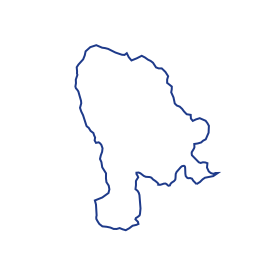 outline of Xiangkhoang, rotated 61°
{"feature_id": "LAO-3286", "entity_name": "Xiangkhoang", "entity_type": "Province", "adm_level": 1, "iso_a3": "LAO", "parent_name": "Laos", "parent_adm1": "", "projection": "mercator", "projection_center": [103.697, 19.42], "detail": "fine", "context": "isolated", "style": "outline", "palette": "blue", "viewbox_px": 256, "rotation_deg": 61, "n_neighbors": 0, "source": "natural_earth", "source_scale": "10m", "svg_char_len": 2367}
<svg xmlns="http://www.w3.org/2000/svg" viewBox="0 0 256 256"><g transform="rotate(61 128 128)"><path d="M210.4,95.2L205.7,96.5L203.3,96.6L202.7,97.2L201.9,97.9L201.1,99.7L200.2,100.4L198.0,100.8L195.8,100.0L190.5,97.3L189.2,96.9L188.2,97.4L187.6,99.2L187.8,100.7L190.0,106.8L191.3,108.5L194.8,110.7L196.1,111.7L196.8,113.6L196.9,115.7L197.3,117.6L198.5,119.2L198.1,120.6L197.1,121.1L195.9,121.4L194.8,122.1L194.1,123.4L193.6,126.1L193.3,127.3L192.4,128.9L192.3,129.0L192.0,128.5L190.4,128.7L187.7,129.7L185.2,131.0L182.8,131.6L181.5,132.7L179.3,136.1L177.6,137.4L173.6,139.1L172.1,140.3L171.2,142.3L172.3,142.9L174.4,142.8L176.1,143.0L177.6,145.8L178.2,146.7L179.0,147.2L181.8,148.7L185.1,151.1L187.6,150.1L189.9,150.0L192.2,150.5L204.5,156.1L209.0,159.2L210.1,160.3L210.5,162.7L210.6,164.8L211.5,165.8L214.8,164.8L217.0,165.4L216.8,167.6L215.7,171.4L216.3,175.5L216.3,179.5L214.0,181.8L211.5,183.8L210.8,186.9L209.3,189.5L206.5,191.7L204.1,194.5L201.6,198.1L198.0,199.6L195.1,199.8L192.2,199.8L190.6,199.0L189.2,197.8L179.4,193.1L175.3,192.1L176.3,184.2L175.4,176.6L172.6,174.0L169.0,172.8L164.9,173.1L161.4,171.7L157.0,169.2L149.9,169.6L145.0,167.8L141.5,167.5L138.8,165.1L136.3,162.2L133.4,160.1L129.9,159.5L128.0,159.8L126.3,160.6L125.5,163.2L122.7,163.2L120.4,161.4L118.0,161.2L115.6,160.7L112.5,162.1L108.6,162.3L107.5,162.9L106.1,163.3L95.0,161.1L90.9,160.9L87.1,160.2L83.7,156.9L81.4,155.9L71.9,153.7L69.7,153.9L68.0,154.3L66.2,153.9L63.6,151.8L60.4,150.2L57.0,146.5L55.6,146.2L53.8,145.1L50.0,143.4L48.5,140.6L46.2,133.9L43.5,130.6L40.4,127.9L39.0,121.8L40.2,115.6L45.2,111.7L47.1,109.2L49.2,107.0L55.9,102.4L61.0,97.8L62.4,95.6L62.0,92.8L66.5,93.0L70.6,92.2L71.3,86.6L71.5,81.0L74.5,79.0L77.9,77.4L80.3,75.7L83.0,74.5L88.6,74.1L90.7,72.3L92.2,69.6L97.1,68.1L102.2,67.8L104.5,70.2L107.5,71.9L113.0,69.6L115.4,71.0L117.7,72.9L123.4,73.4L129.2,75.2L132.0,74.4L134.4,72.4L137.5,71.4L140.6,71.0L144.4,70.0L146.9,66.8L150.2,68.4L153.2,67.9L153.4,64.5L154.2,60.5L159.3,56.6L162.2,56.2L165.3,56.2L171.2,59.8L175.6,65.5L175.5,68.4L176.1,71.1L175.3,74.6L174.1,77.8L177.0,79.2L177.9,80.2L180.1,84.0L181.2,84.7L182.8,85.3L192.3,82.7L193.8,81.4L194.3,79.1L195.6,77.1L197.3,75.6L200.9,78.1L205.1,78.4L207.4,77.5L209.4,75.7L209.8,73.2L210.9,71.2L211.4,76.8L208.8,84.8L209.1,87.7L210.1,91.2L210.3,95.2L210.4,95.2Z" fill="none" stroke="#1e3a8a" stroke-width="2"/></g></svg>